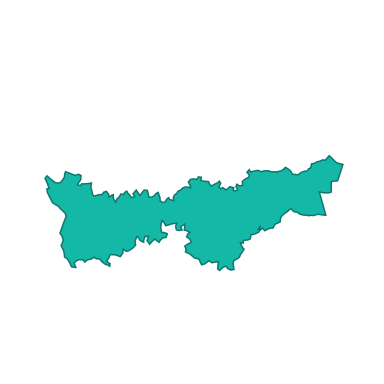 São Pedro do Iguaçu, Paraná, Brazil, rotated 328°
{"feature_id": "56859067B95101539762084", "entity_name": "São Pedro do Iguaçu", "entity_type": "district", "adm_level": 2, "iso_a3": "BRA", "parent_name": "Brazil", "parent_adm1": "Paraná", "projection": "mercator", "projection_center": [-53.891, -24.887], "detail": "fine", "context": "isolated", "style": "filled", "palette": "teal", "viewbox_px": 384, "rotation_deg": 328, "n_neighbors": 0, "source": "geoboundaries", "source_scale": "gbopen_adm2", "svg_char_len": 3943}
<svg xmlns="http://www.w3.org/2000/svg" viewBox="0 0 384 384"><g transform="rotate(328 192 192)"><path d="M293.2,282.6L300.0,259.4L302.4,261.7L304.9,263.6L308.0,265.4L310.1,265.8L315.6,257.0L318.9,258.4L321.4,259.7L334.6,248.6L332.5,246.5L330.3,244.0L329.4,241.6L328.9,239.0L327.6,233.9L323.9,235.0L321.7,235.6L319.9,234.0L317.0,233.7L314.0,232.6L311.4,232.6L308.2,231.5L305.5,234.5L303.2,234.1L300.8,235.3L298.4,233.9L294.4,233.2L291.1,233.7L288.8,231.8L286.5,230.0L286.8,226.5L285.8,223.5L284.3,220.6L281.3,221.3L279.2,221.3L274.9,220.0L271.6,218.0L269.6,216.6L268.0,214.4L266.2,213.3L264.0,212.1L261.6,211.7L259.5,208.6L256.7,207.6L252.1,205.8L252.4,203.4L249.0,204.4L249.7,207.9L248.1,209.5L243.4,209.2L240.4,209.7L238.4,213.1L235.4,212.0L234.2,209.2L232.2,210.6L232.0,214.3L229.4,214.2L227.8,212.1L229.7,210.6L227.0,207.6L221.9,208.4L220.5,204.6L218.2,204.5L217.2,202.2L221.0,199.8L221.0,197.3L218.6,197.8L215.2,197.3L211.6,197.3L211.1,194.7L211.6,192.0L205.6,187.4L207.7,184.4L205.4,182.6L202.5,183.9L200.3,181.7L197.3,180.5L194.3,181.5L193.9,184.9L193.3,187.7L189.4,184.4L186.9,183.7L183.0,184.4L180.2,184.0L178.3,185.2L175.6,185.2L173.3,186.7L172.0,189.5L169.2,186.8L169.2,184.4L166.7,184.7L163.6,186.3L161.2,185.0L160.3,182.7L161.8,179.8L163.1,174.4L160.5,174.3L158.0,175.2L155.3,175.1L152.8,173.6L153.9,170.4L155.0,167.0L152.5,165.0L149.3,166.1L146.0,167.4L145.8,164.7L145.7,160.8L141.0,162.3L141.0,165.5L137.6,164.6L137.6,161.9L137.0,159.3L137.1,156.7L134.7,156.7L132.6,157.8L130.5,156.0L127.7,157.6L124.1,158.4L122.2,160.3L121.6,157.9L122.2,155.1L123.8,152.6L121.5,152.1L118.9,152.4L120.1,149.4L119.7,146.0L116.7,145.4L114.4,146.6L112.1,145.1L106.9,143.7L106.3,141.3L107.7,137.9L108.9,134.1L111.5,131.1L109.0,130.1L105.2,128.2L103.0,126.7L100.6,127.4L98.7,125.0L104.2,122.5L106.6,119.2L105.0,116.7L101.8,116.2L95.6,107.8L93.8,109.0L91.6,111.8L89.4,112.9L85.6,114.2L83.2,113.5L81.1,111.7L79.9,108.7L77.5,101.4L74.6,102.5L73.9,108.0L72.8,113.3L70.7,112.4L69.1,116.0L68.5,121.5L68.1,127.2L69.4,130.1L71.0,132.8L71.5,136.4L72.4,139.6L73.2,142.8L72.5,145.9L66.4,150.4L58.2,157.0L58.4,160.9L57.2,164.7L55.5,166.1L52.6,168.1L52.1,173.7L51.0,176.6L49.4,179.7L50.8,182.0L50.8,186.4L50.2,191.7L53.5,194.4L54.3,189.8L57.1,189.2L59.8,189.3L63.6,191.6L63.9,194.6L67.3,194.2L71.4,195.5L74.3,195.3L75.4,197.9L78.2,199.6L78.5,203.0L80.2,207.4L81.8,209.0L82.8,211.3L84.5,209.3L82.8,205.4L86.6,203.9L89.3,201.7L92.4,203.7L94.0,205.0L96.9,208.8L100.9,207.2L103.4,203.9L104.8,207.6L107.3,208.3L111.9,208.2L116.1,207.1L117.6,203.5L121.6,200.5L122.5,202.8L122.3,205.8L124.4,209.0L125.7,207.1L128.8,204.8L131.5,206.7L128.0,209.5L128.5,213.9L131.4,212.9L135.4,212.1L137.4,217.2L139.7,216.0L143.0,215.4L145.9,216.8L149.0,214.3L147.0,211.8L144.9,210.1L146.5,205.7L149.9,201.7L151.6,200.4L152.1,203.0L151.9,206.7L154.5,207.5L158.2,208.3L162.6,210.5L159.9,212.4L158.7,215.8L160.5,217.7L163.4,218.9L164.0,215.4L168.8,215.5L167.3,218.0L165.2,220.1L166.8,221.7L168.7,225.0L165.9,225.5L163.6,227.3L165.2,230.7L164.6,234.4L161.0,233.9L157.2,234.1L156.7,237.3L154.7,239.4L157.0,242.7L158.3,246.5L159.1,249.1L162.5,252.9L161.7,256.3L161.6,258.9L164.6,259.7L170.0,259.3L171.3,262.4L175.2,264.1L177.7,265.1L175.9,266.9L174.4,269.0L173.0,270.8L173.9,273.2L178.7,272.3L181.5,272.9L181.7,276.0L183.6,278.8L186.6,279.9L187.6,277.4L189.3,274.0L191.1,272.3L194.5,272.6L197.6,272.5L200.0,270.7L202.6,269.7L205.9,268.0L205.3,265.6L205.8,263.1L206.1,260.6L208.4,262.5L210.1,260.3L214.0,262.3L216.6,262.6L219.4,259.5L222.3,260.7L227.2,261.4L230.1,260.2L232.9,260.4L233.3,263.5L235.7,263.5L239.1,264.1L241.5,265.5L245.3,263.3L248.4,263.8L250.9,264.1L253.4,260.9L255.9,259.8L259.4,259.2L262.2,259.2L264.8,258.7L267.1,258.5L267.9,262.6L270.6,265.0L271.4,267.5L273.8,270.2L276.3,272.0L278.4,273.9L280.9,275.0L282.6,276.4L285.2,277.0L287.7,278.1L290.7,280.8L293.2,282.6ZM230.1,260.2L228.3,258.8L231.4,257.4L230.1,260.2Z" fill="#14b8a6" stroke="#0f766e" stroke-width="1.5"/></g></svg>